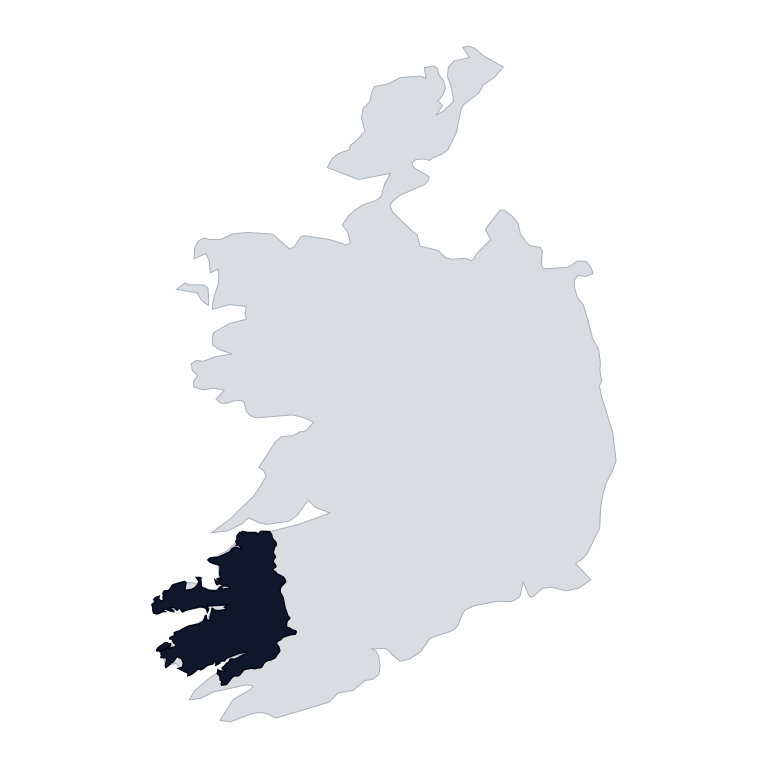 location of Kerry within Ireland
{"feature_id": "IRL-725", "entity_name": "Kerry", "entity_type": "County", "adm_level": 1, "iso_a3": "IRL", "parent_name": "Ireland", "parent_adm1": "", "projection": "orthographic", "projection_center": [-9.777, 52.132], "detail": "fine", "context": "in_parent", "style": "filled", "palette": "ink", "viewbox_px": 768, "rotation_deg": 0, "n_neighbors": 0, "source": "natural_earth", "source_scale": "10m", "svg_char_len": 9504}
<svg xmlns="http://www.w3.org/2000/svg" viewBox="0 0 768 768"><path d="M478.8,93.0L463.6,104.6L461.3,108.9L457.5,125.9L457.1,130.8L447.9,149.9L442.4,153.9L434.2,157.2L429.5,160.4L423.5,159.0L416.0,159.4L412.3,162.9L412.6,165.5L414.9,168.4L429.1,176.7L428.4,180.3L424.6,184.5L399.8,195.3L392.5,201.6L390.0,205.7L392.8,212.4L413.4,232.2L416.9,234.3L420.2,246.1L438.1,250.5L445.6,257.7L451.9,259.3L465.6,258.2L471.1,260.8L474.2,258.6L475.8,254.6L490.6,239.7L485.4,229.1L500.1,210.2L504.3,210.3L511.7,215.6L518.0,223.2L520.3,233.5L526.3,242.6L530.1,245.7L540.0,247.2L542.4,250.8L541.3,264.4L542.9,268.8L567.9,267.4L577.6,261.0L586.3,261.6L590.9,267.5L593.1,273.7L585.8,276.4L577.9,275.5L574.3,279.8L574.5,287.7L577.6,297.8L583.2,304.7L588.2,320.8L592.6,338.7L598.6,349.4L600.4,362.9L599.9,369.6L601.5,381.5L599.4,385.8L601.7,397.0L612.8,432.7L616.1,460.9L612.1,471.7L606.5,482.1L603.0,494.2L600.6,507.3L599.7,528.1L587.4,553.1L582.0,559.4L575.5,563.4L590.8,579.8L579.3,587.9L566.4,590.9L551.8,587.3L542.8,588.2L531.8,597.5L529.1,596.0L523.2,582.2L519.8,596.8L511.6,601.7L497.4,601.2L473.7,605.9L464.7,610.3L461.1,616.8L458.5,624.4L454.9,628.9L450.7,631.3L432.5,637.3L428.9,639.6L420.6,651.8L409.6,659.0L400.3,661.3L391.9,654.5L388.4,650.4L384.6,648.3L371.9,648.9L375.9,651.0L378.6,655.9L380.1,665.3L378.8,674.6L372.6,679.4L365.1,680.4L353.5,690.2L337.9,693.1L329.5,702.0L277.8,717.5L274.8,717.7L267.7,713.9L259.9,712.3L252.2,713.5L230.4,721.9L219.9,720.3L233.3,699.5L251.3,689.0L253.1,686.1L247.2,684.7L213.1,692.0L201.2,698.2L189.3,699.9L194.8,690.5L210.2,677.5L223.4,669.0L229.1,661.4L245.1,652.7L193.3,670.5L179.7,668.3L176.5,663.3L165.9,665.5L162.0,653.5L177.8,635.3L186.9,627.5L197.8,623.3L208.2,617.3L212.1,609.8L207.2,607.4L176.0,609.2L161.1,607.5L162.0,601.6L164.8,595.1L180.3,584.0L188.6,582.3L196.1,583.4L209.2,590.0L226.7,587.9L219.4,580.7L218.1,566.2L212.5,561.3L219.7,554.6L227.8,550.5L241.3,536.6L246.2,534.5L272.9,531.0L301.7,523.4L330.1,513.0L315.4,507.5L308.3,500.2L297.2,515.3L289.2,521.2L266.3,524.4L259.0,522.7L248.8,518.1L245.6,519.9L242.6,523.5L227.5,530.9L211.5,532.7L230.1,519.1L253.5,496.1L258.7,488.9L266.1,476.2L263.7,470.6L258.9,467.4L275.7,441.4L281.6,436.6L292.4,435.8L300.3,431.6L303.7,431.6L306.9,430.0L313.7,422.1L303.0,417.3L291.9,414.9L257.8,417.8L253.3,417.2L249.1,414.8L246.3,411.4L244.2,402.6L241.7,400.6L234.0,400.7L226.4,403.4L221.1,403.1L216.0,399.2L224.2,390.2L213.6,388.1L202.8,389.8L193.8,387.1L193.5,381.4L197.6,375.8L192.3,370.4L191.3,363.6L196.9,360.3L203.1,361.4L215.8,356.5L231.9,354.0L218.1,349.1L212.6,344.9L212.3,338.4L213.4,332.9L229.4,323.5L246.4,319.3L245.1,313.2L246.3,306.5L229.1,304.6L212.2,309.3L214.0,296.5L218.1,285.0L218.9,277.4L218.1,269.3L210.2,272.8L209.3,261.3L205.9,253.5L194.2,258.8L194.6,248.5L198.0,241.2L204.1,238.1L210.1,239.5L221.3,239.4L232.2,233.9L247.8,232.5L272.6,234.1L289.9,249.3L294.3,246.6L301.0,236.8L304.2,235.7L330.0,239.6L346.1,244.9L350.4,243.1L347.9,232.4L342.3,225.0L349.0,215.1L357.3,208.3L362.8,204.9L375.6,200.6L381.2,196.6L384.6,184.0L390.3,173.4L358.2,179.5L327.3,167.5L332.0,158.7L338.4,153.6L349.5,149.7L350.4,145.1L356.0,141.2L365.1,131.0L361.5,118.0L363.1,108.4L369.6,102.1L371.5,93.1L374.4,86.5L387.8,83.9L400.6,77.5L420.6,76.1L425.9,78.4L424.4,67.7L433.7,66.0L437.4,68.1L439.3,75.7L443.7,80.4L445.3,88.8L442.6,95.5L438.0,100.7L442.6,105.7L436.0,115.2L443.3,111.0L453.5,101.6L452.7,94.1L450.6,84.8L447.4,76.4L448.4,67.1L454.1,61.0L469.4,57.6L462.7,47.2L468.3,46.1L474.4,48.1L483.7,56.0L503.2,66.9L494.3,77.5L483.1,85.0L478.8,93.0ZM208.7,300.8L208.3,305.7L200.8,299.5L197.1,292.7L176.5,289.5L185.1,282.8L189.3,284.8L203.9,285.1L208.0,288.0L208.7,300.8Z" fill="#d9dde1" stroke="#a8b0b8" stroke-width="1"/><path d="M217.2,673.4L217.6,672.7L217.9,669.8L219.3,670.8L221.1,671.1L225.2,671.0L225.2,669.9L224.4,669.7L222.3,668.7L222.3,667.6L223.7,666.7L226.4,663.5L228.5,662.3L229.8,660.0L230.3,659.2L231.2,659.0L234.0,659.2L237.4,658.2L243.7,654.6L247.1,653.4L247.1,652.1L239.3,653.2L228.2,657.5L226.1,658.7L225.2,659.8L224.6,661.0L221.0,661.0L219.4,661.5L220.1,662.8L216.9,664.8L215.7,665.1L215.9,664.3L216.2,662.4L216.4,661.5L214.9,661.5L214.0,662.2L213.4,663.1L212.8,663.8L211.5,664.3L208.9,664.7L207.7,665.1L203.0,668.8L200.5,669.9L198.1,668.6L196.0,670.9L193.3,673.1L190.4,674.8L187.8,675.7L188.4,673.4L178.4,668.5L182.4,667.3L183.4,663.1L181.6,658.7L177.3,656.6L176.1,657.6L173.4,661.7L172.2,662.6L170.9,663.2L167.5,666.4L165.9,667.4L165.3,665.2L166.6,660.1L166.0,657.8L164.4,657.5L162.3,657.7L160.9,657.3L161.6,655.4L161.6,654.6L161.3,654.4L161.1,654.4L160.9,654.3L161.1,653.6L161.4,653.2L161.6,652.7L161.7,651.9L161.3,651.8L160.6,651.9L160.2,651.9L160.2,650.7L163.7,650.3L172.6,647.2L174.5,647.2L175.3,646.7L175.7,645.5L175.6,644.3L175.2,643.8L173.7,642.8L172.8,640.9L171.8,639.2L169.8,638.9L169.8,637.8L171.0,637.0L173.6,636.1L174.9,635.4L174.1,632.9L176.3,631.7L179.3,631.1L182.1,629.2L188.8,626.0L198.9,623.9L203.2,621.4L205.5,615.5L206.3,615.5L206.3,618.6L207.3,620.0L208.8,620.3L210.3,620.2L209.9,618.6L212.2,608.4L215.5,610.4L218.8,610.6L226.7,609.5L225.9,608.9L225.0,607.7L224.4,607.2L228.1,604.8L207.1,606.0L208.5,609.5L207.8,611.5L207.3,612.2L206.7,609.5L205.6,608.3L204.3,607.6L202.7,607.1L199.5,606.9L185.3,610.4L182.7,612.0L181.6,611.0L180.6,609.3L179.4,608.3L178.3,608.7L177.6,609.8L176.8,610.2L174.1,607.4L172.9,607.3L170.0,608.2L170.0,609.3L171.0,609.3L171.9,609.6L173.6,610.5L173.6,611.6L171.0,611.1L165.9,609.3L163.5,609.3L163.5,610.4L163.9,611.0L164.9,611.5L162.7,611.6L158.4,613.5L156.2,613.9L153.6,612.9L152.9,610.8L152.8,607.9L151.9,604.4L152.8,603.9L154.8,602.1L154.8,601.0L153.7,599.6L154.9,598.1L157.2,596.8L159.2,596.3L158.4,598.6L160.7,600.6L162.1,601.1L163.1,600.5L163.4,599.1L163.1,597.9L163.0,596.6L164.3,595.1L163.2,594.3L162.8,594.0L163.8,591.4L165.0,590.7L166.6,590.8L168.7,590.3L169.9,589.1L172.2,585.3L173.4,584.6L184.4,581.4L186.1,582.8L184.8,589.4L185.0,590.4L191.9,589.4L195.0,587.6L197.8,584.5L198.8,580.9L196.3,577.5L200.0,577.5L201.2,578.1L200.7,579.9L201.1,582.4L201.2,585.1L201.6,587.3L203.2,588.2L204.9,588.5L208.1,590.0L211.7,590.8L216.1,590.9L217.6,590.0L219.8,587.1L221.0,586.5L222.3,587.0L221.6,587.6L220.9,588.2L222.6,589.2L230.3,588.2L228.6,586.5L227.1,586.0L223.8,585.9L220.4,584.0L218.8,583.6L217.2,584.8L216.4,583.9L215.8,582.8L215.4,581.5L215.1,579.9L216.4,581.2L217.4,581.9L218.5,581.9L220.1,581.1L218.8,580.3L218.1,580.0L217.2,579.9L217.2,578.7L218.2,578.6L220.9,577.6L219.7,574.7L220.1,566.3L218.3,564.5L212.8,563.4L209.8,562.0L207.9,559.9L209.5,558.3L211.5,557.6L218.6,557.1L229.1,552.2L230.5,551.0L232.1,548.7L233.9,547.6L236.6,547.6L239.4,548.3L241.1,549.3L240.7,546.9L239.4,545.8L237.8,545.4L236.0,545.6L236.6,544.8L236.8,543.9L236.6,543.0L236.0,542.1L236.0,540.9L236.9,539.9L237.0,538.9L236.8,536.8L237.2,535.6L239.6,532.6L240.2,533.1L240.9,532.6L241.7,531.8L242.8,531.4L247.1,532.5L255.5,532.5L256.3,532.9L257.3,533.6L258.3,534.0L259.4,533.1L260.1,532.0L260.8,531.5L261.7,531.3L269.6,531.6L270.2,532.6L271.6,534.5L271.9,536.1L272.1,537.5L273.1,539.2L274.0,540.3L275.3,541.6L275.9,542.5L276.2,543.5L276.3,544.7L276.1,545.4L275.8,545.9L275.3,546.3L274.9,546.7L274.6,547.2L274.4,547.7L274.2,549.0L274.0,549.8L273.6,550.6L273.3,551.9L273.4,552.8L273.6,553.5L274.1,554.4L274.5,554.9L274.9,555.6L275.3,556.5L275.3,557.2L275.0,557.7L274.6,558.1L274.3,558.5L273.9,559.2L273.6,560.0L273.4,561.4L273.4,562.0L273.6,562.8L273.8,563.1L275.0,564.3L275.4,564.9L275.9,565.8L275.9,566.5L275.6,567.0L275.2,567.4L273.7,568.2L273.2,568.7L273.0,569.7L273.1,570.3L273.4,570.7L275.1,571.5L275.6,571.9L276.3,572.8L276.8,573.7L277.2,574.1L277.7,574.5L279.5,574.9L281.0,575.9L282.7,576.6L283.1,577.0L283.7,577.5L284.0,577.9L285.3,580.1L285.7,581.8L285.4,582.2L281.5,586.2L280.6,587.7L280.2,589.0L280.1,590.7L280.2,591.6L280.3,592.4L280.9,593.5L281.3,594.1L281.7,595.0L282.6,596.6L282.9,597.2L283.2,598.4L285.1,607.9L287.7,615.4L288.3,616.5L288.5,616.7L288.8,617.0L289.1,617.3L289.6,617.4L289.7,617.7L289.7,618.1L289.4,618.8L289.2,619.1L288.7,619.6L287.8,620.2L287.3,620.9L286.8,622.1L286.5,624.9L286.5,626.3L286.8,627.2L287.3,627.4L288.7,627.6L289.3,627.8L289.7,628.0L291.5,629.5L293.8,630.4L295.2,630.7L295.6,630.9L296.0,631.2L296.2,631.8L296.1,632.5L295.9,633.1L295.4,633.8L294.9,634.3L294.2,634.4L293.0,634.3L292.3,634.3L283.9,636.8L282.4,637.8L282.0,638.1L281.0,639.4L280.0,640.0L278.4,640.7L277.8,641.1L277.3,641.7L276.7,642.6L276.6,643.4L276.7,644.0L276.9,644.5L277.3,645.0L278.4,646.3L278.7,646.8L279.7,650.0L279.7,650.9L279.5,651.6L279.0,652.3L277.8,653.7L276.9,655.0L276.1,656.3L274.7,658.1L274.0,658.5L272.7,658.9L272.2,659.1L271.2,659.8L270.7,660.0L268.6,660.2L267.5,660.6L265.0,662.1L264.3,662.7L263.7,663.6L262.6,665.6L262.0,666.6L261.4,667.2L260.9,667.5L260.3,667.7L257.5,668.0L255.5,668.5L254.4,668.7L253.7,668.6L252.5,668.3L251.1,668.2L244.6,669.5L244.1,669.7L243.5,670.2L240.2,674.3L239.4,675.1L238.8,675.5L238.3,675.7L237.7,675.9L234.8,675.9L234.2,676.0L233.6,676.3L232.7,676.9L232.2,677.3L227.0,683.9L226.5,684.2L226.0,684.5L225.4,684.7L224.0,684.8L222.2,685.2L221.6,685.1L221.3,684.6L221.3,684.0L221.4,683.4L221.7,682.3L221.8,681.6L221.7,681.1L221.3,680.7L220.3,680.1L220.1,679.6L220.1,679.1L220.2,678.5L220.2,677.8L219.9,676.6L219.3,675.6L219.0,675.1L218.3,674.4L217.6,673.9L217.2,673.4ZM169.1,643.7L170.3,643.8L170.7,644.9L169.9,646.3L168.0,647.5L163.8,649.4L160.2,649.8L159.1,650.8L157.0,651.1L156.7,649.8L158.5,647.3L164.0,643.6L165.0,642.7L166.9,642.8L167.7,643.0L168.5,643.8L169.1,643.7Z" fill="#0f172a" stroke="#020617" stroke-width="1.5"/></svg>